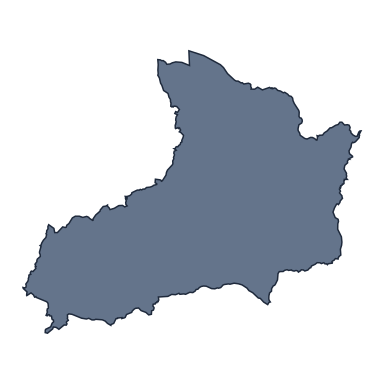 outline of Vrancioaia, Vrancea, Romania
{"feature_id": "2599482B95267068995813", "entity_name": "Vrancioaia", "entity_type": "district", "adm_level": 2, "iso_a3": "ROU", "parent_name": "Romania", "parent_adm1": "Vrancea", "projection": "orthographic", "projection_center": [26.711, 45.867], "detail": "fine", "context": "isolated", "style": "filled", "palette": "slate", "viewbox_px": 384, "rotation_deg": 0, "n_neighbors": 0, "source": "geoboundaries", "source_scale": "gbopen_adm2", "svg_char_len": 5948}
<svg xmlns="http://www.w3.org/2000/svg" viewBox="0 0 384 384"><path d="M267.7,304.6L269.0,302.4L270.3,302.0L269.2,300.4L268.8,299.0L268.9,295.8L269.6,292.9L271.5,291.2L271.6,288.6L273.3,285.8L274.6,285.3L275.5,284.0L277.5,279.9L278.0,273.6L279.3,271.6L283.1,271.5L284.8,270.3L287.1,269.7L288.5,270.4L291.6,270.0L292.1,270.6L294.1,271.1L296.0,270.5L297.6,270.9L298.4,272.1L300.5,270.8L301.3,269.8L303.4,270.0L304.8,271.0L307.9,270.0L309.6,268.1L310.8,267.7L311.5,266.0L315.1,264.3L317.1,262.7L320.1,262.8L321.3,263.6L323.8,262.7L325.0,263.9L326.5,263.8L327.4,264.7L328.2,263.7L332.2,263.2L332.4,262.7L331.9,261.9L332.3,261.2L334.1,260.2L335.4,258.6L338.1,259.0L338.2,257.9L339.2,256.3L340.8,255.1L340.4,249.2L341.6,245.2L341.9,242.1L341.4,236.8L337.7,229.3L337.8,223.8L338.5,221.4L338.1,219.3L335.2,217.6L333.0,212.1L334.5,207.9L336.6,204.1L337.6,203.9L338.4,204.6L339.9,202.5L340.2,201.0L342.5,198.3L342.0,196.9L342.0,195.9L339.5,192.9L340.5,191.2L339.4,189.1L340.4,188.4L339.9,187.3L341.0,186.9L340.7,185.7L342.0,185.3L342.4,184.1L343.4,184.1L344.0,183.4L343.9,180.7L344.4,180.5L344.3,179.4L347.3,179.4L346.2,178.1L346.7,176.0L346.3,174.9L346.5,173.3L344.1,169.0L344.8,165.4L347.6,162.8L347.4,161.2L348.6,159.3L349.3,159.3L348.8,158.9L352.6,156.9L352.5,156.2L349.5,153.7L349.0,150.9L351.0,147.1L351.5,143.8L352.5,142.3L353.6,142.7L355.4,141.8L359.2,137.6L359.0,137.0L359.6,135.3L359.2,134.4L361.0,130.9L359.9,131.0L358.8,132.1L357.2,136.2L355.5,136.4L352.9,134.9L350.9,132.7L350.8,131.2L349.5,130.0L350.1,127.4L349.1,125.2L347.5,124.7L344.5,125.0L341.9,122.2L339.9,122.2L338.2,124.5L335.6,125.3L331.7,127.7L330.0,127.9L327.1,131.0L324.3,132.8L322.6,135.1L319.3,135.3L318.5,136.1L317.1,135.7L317.5,137.4L317.0,140.0L316.3,140.1L314.7,138.6L312.5,137.5L310.6,137.4L307.1,139.0L304.8,138.5L300.2,135.3L299.6,133.0L298.2,130.7L298.0,129.0L298.9,124.8L301.7,123.0L302.3,121.1L302.1,119.7L301.3,118.2L299.9,117.8L299.0,116.5L299.2,112.1L298.7,110.4L294.3,103.6L293.0,100.6L292.6,98.1L291.2,96.4L289.0,95.8L287.7,94.2L284.7,92.3L283.3,92.8L280.6,91.1L277.7,90.4L275.8,88.4L274.6,88.0L273.5,88.5L272.7,88.0L272.1,88.7L271.4,87.9L270.7,88.3L269.6,87.4L262.4,89.9L257.7,87.2L254.6,89.2L251.1,89.1L251.4,87.9L250.7,86.5L250.8,84.7L250.1,83.9L248.4,83.2L243.8,84.0L242.2,82.7L241.1,82.9L238.1,81.1L236.3,81.1L234.6,80.2L227.5,73.6L223.5,67.6L220.4,64.7L203.7,55.6L188.9,50.8L189.5,65.5L181.9,62.4L175.8,61.9L172.3,62.8L170.0,64.0L166.8,64.3L165.6,62.3L163.2,60.6L161.7,60.7L160.4,59.9L157.8,59.6L158.2,64.7L157.9,70.1L158.2,73.8L157.8,75.2L159.4,78.0L160.6,83.2L161.9,85.4L163.6,90.5L168.0,93.4L169.0,97.2L170.4,99.4L170.5,101.7L171.0,103.0L170.8,106.3L172.0,107.0L172.7,106.4L173.3,106.9L174.1,106.1L176.7,106.5L179.4,109.5L177.5,112.4L175.7,111.6L174.8,113.5L177.5,114.8L176.2,116.8L175.8,118.8L175.7,120.2L176.3,121.9L175.7,123.2L175.9,123.9L175.2,125.1L175.3,128.1L175.6,128.6L177.5,127.8L178.5,128.5L179.0,127.7L179.8,128.3L179.8,128.9L180.6,130.0L179.3,131.8L180.7,132.4L183.5,135.3L183.2,137.1L181.8,140.4L181.9,141.9L180.7,142.6L180.1,144.6L178.9,145.3L177.8,146.8L176.9,146.6L175.7,147.2L175.3,148.6L174.2,148.7L176.2,150.2L174.2,151.2L173.8,153.1L174.5,154.9L173.5,157.4L173.8,158.8L172.7,161.0L172.9,163.3L172.6,164.5L167.5,170.1L166.5,172.3L166.0,175.1L162.4,180.7L161.4,181.2L160.9,180.2L159.9,179.8L155.4,179.2L155.1,182.7L156.7,183.7L156.7,184.5L153.3,185.4L152.8,186.1L150.2,187.1L146.5,187.5L144.7,189.1L142.9,189.1L141.7,189.9L140.2,189.4L139.4,190.1L137.2,190.1L131.9,192.7L131.5,194.2L129.8,195.6L127.0,196.5L125.2,196.4L125.6,197.8L127.1,197.7L127.0,199.0L125.6,199.0L126.3,201.0L125.7,202.2L125.9,204.4L127.1,205.9L124.7,206.9L122.5,205.4L118.8,205.6L114.3,208.3L110.0,209.6L109.1,207.8L107.5,206.2L107.5,205.1L105.9,206.1L103.2,206.5L100.3,209.9L100.0,211.2L95.7,215.0L93.0,219.0L93.2,220.0L92.7,220.4L89.5,218.4L88.7,217.3L86.7,216.4L82.8,217.4L79.3,216.2L75.3,216.2L72.4,217.9L68.9,223.6L66.8,225.2L66.2,227.2L65.3,227.5L62.7,226.9L57.4,232.6L54.7,232.6L53.9,228.4L48.7,224.7L47.9,226.6L48.0,228.8L46.7,230.7L46.6,232.7L46.0,233.8L46.6,234.6L45.9,237.5L43.4,240.2L41.7,243.1L41.1,245.1L40.1,245.5L41.0,246.5L39.5,251.9L39.5,253.0L40.2,254.6L40.3,256.5L37.4,259.0L36.9,260.2L36.9,261.7L35.0,264.2L35.6,264.9L35.2,266.2L36.0,266.6L35.4,267.3L35.8,268.5L33.0,271.5L31.4,271.1L31.0,271.4L30.2,273.1L30.8,274.3L28.9,275.1L28.9,276.9L28.3,278.4L28.4,279.5L27.8,281.3L25.8,284.1L26.2,285.4L26.0,287.1L24.9,287.9L23.0,287.5L23.3,288.5L27.0,291.9L26.6,295.2L26.8,295.6L31.0,292.9L33.4,294.8L34.6,297.1L35.9,296.6L36.2,297.4L46.4,301.6L47.6,302.6L48.1,303.8L48.4,307.7L48.2,308.4L47.3,308.9L47.0,310.9L47.4,312.0L46.1,315.4L47.2,315.8L48.3,314.7L49.4,314.8L49.5,315.8L51.5,316.1L51.9,318.6L52.2,319.5L53.4,320.0L53.6,321.8L52.1,323.2L50.7,326.8L45.7,329.3L45.3,330.1L45.2,332.6L47.5,333.2L52.7,328.9L53.3,327.0L56.2,327.4L58.9,329.3L64.1,325.0L66.3,325.1L67.0,323.9L66.4,322.8L66.6,321.6L68.3,320.4L67.3,318.4L67.6,317.5L67.4,314.9L68.8,313.9L72.0,314.3L81.6,318.2L86.4,319.0L88.8,318.3L91.9,319.9L94.2,319.9L95.8,319.3L102.3,319.8L105.2,321.1L107.5,323.4L110.9,325.4L111.1,324.5L113.7,323.4L116.0,318.7L117.5,318.5L117.5,318.0L122.0,317.6L121.9,318.5L124.5,317.8L125.2,317.4L126.5,314.5L131.7,312.4L132.2,311.1L134.3,309.0L135.6,308.3L138.6,308.0L141.1,310.6L145.9,312.4L148.7,314.9L151.4,314.3L151.6,310.8L153.4,310.1L154.0,308.4L154.0,307.5L152.9,306.0L153.2,304.2L155.3,303.9L155.5,302.9L156.9,302.6L156.9,301.8L158.2,301.6L158.2,300.5L158.8,300.1L158.4,297.0L167.9,296.4L171.7,294.4L175.5,294.7L179.0,293.3L179.9,294.3L183.8,293.9L185.6,294.3L189.8,292.3L192.8,292.6L195.1,291.1L196.1,289.5L197.9,289.2L199.3,287.6L201.2,286.5L203.6,286.0L206.3,286.2L211.6,288.6L214.9,288.8L217.3,287.9L218.5,288.2L220.7,287.6L223.2,284.9L224.4,284.5L228.4,283.9L230.0,284.2L234.1,283.2L238.5,283.8L242.1,284.9L247.0,288.1L248.9,290.6L252.7,292.7L258.3,298.0L260.3,298.4L263.7,302.1L267.7,304.6Z" fill="#64748b" stroke="#1e293b" stroke-width="1.5"/></svg>